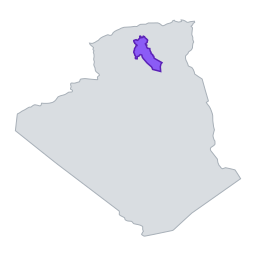 Algeria, with Djelfa highlighted
{"feature_id": "DZA-2212", "entity_name": "Djelfa", "entity_type": "Province", "adm_level": 1, "iso_a3": "DZA", "parent_name": "Algeria", "parent_adm1": "", "projection": "albers", "projection_center": [3.218, 34.323], "detail": "fine", "context": "in_parent", "style": "filled", "palette": "violet", "viewbox_px": 256, "rotation_deg": 0, "n_neighbors": 0, "source": "natural_earth", "source_scale": "10m", "svg_char_len": 5781}
<svg xmlns="http://www.w3.org/2000/svg" viewBox="0 0 256 256"><path d="M194.4,21.2L194.6,21.8L194.7,22.4L193.8,23.0L193.2,23.3L192.6,24.9L191.3,26.0L191.1,26.4L191.1,26.6L192.0,27.1L192.3,27.5L192.5,28.1L192.2,30.3L191.8,34.1L191.9,34.9L192.3,35.9L192.6,36.7L192.8,37.5L192.8,39.7L193.3,40.9L193.7,42.0L192.9,43.5L192.7,44.8L192.5,46.6L192.5,47.7L192.0,48.8L191.4,49.8L190.6,50.5L189.7,51.1L188.7,51.8L187.8,53.7L186.0,55.4L185.6,55.9L185.5,57.2L185.6,58.9L186.0,60.2L187.0,62.2L187.9,64.4L188.2,65.6L188.5,66.0L189.7,66.6L191.8,67.5L192.1,67.9L193.2,69.4L194.3,72.1L194.7,74.0L198.4,76.6L201.9,78.8L202.2,79.2L204.5,87.5L205.3,90.4L208.4,101.0L207.4,101.6L206.3,102.5L207.2,103.9L209.0,106.1L210.1,108.0L210.5,108.8L211.4,111.1L212.2,113.4L212.4,114.1L212.7,115.8L212.8,120.7L213.6,126.8L214.4,129.9L213.6,132.7L213.0,135.4L213.1,136.7L213.7,138.8L214.3,140.3L214.9,141.0L215.0,143.6L214.8,144.6L213.0,146.1L211.0,147.4L210.4,148.5L210.4,149.7L210.7,150.6L217.3,159.0L217.5,159.8L217.8,162.3L219.0,165.3L220.2,166.6L220.7,167.5L221.5,168.2L222.3,168.7L222.8,168.7L225.5,167.7L230.2,168.7L234.7,169.8L235.1,170.0L238.0,174.5L240.6,178.7L191.9,213.0L186.4,218.0L173.4,230.0L172.4,230.5L154.7,234.2L145.5,236.0L145.1,236.1L144.5,236.1L144.1,236.1L143.4,235.8L142.4,235.1L141.8,234.7L141.6,234.2L142.0,233.5L142.4,232.8L142.6,232.3L142.9,231.9L143.3,231.6L143.4,231.1L143.0,230.4L142.7,229.4L142.7,227.6L142.7,226.7L141.9,226.0L140.3,225.2L138.8,224.8L138.2,224.6L136.5,224.3L134.3,223.8L133.5,223.5L132.1,221.8L131.4,221.3L128.0,221.0L126.9,220.7L126.0,220.3L125.2,219.7L124.8,218.8L124.7,218.0L124.4,217.6L120.7,215.7L119.8,215.1L119.3,214.5L119.3,213.6L119.4,212.5L119.3,211.6L119.2,211.1L57.7,164.4L54.5,161.9L47.3,156.2L15.4,130.7L17.2,114.9L17.4,114.1L17.6,113.8L18.7,113.3L20.6,112.2L21.2,111.6L22.1,111.1L25.1,109.6L25.7,109.2L28.7,107.4L29.3,107.2L30.8,107.1L31.4,106.8L32.3,106.0L33.6,105.2L34.5,104.8L35.2,104.8L37.6,105.3L38.6,105.6L39.9,105.9L40.3,105.8L40.6,105.6L41.2,104.9L41.4,104.2L41.4,103.5L41.6,103.2L41.8,103.1L42.3,103.2L43.0,103.3L44.5,103.4L45.0,103.4L46.7,103.4L49.2,103.2L52.6,102.4L54.4,101.3L55.6,100.2L57.0,98.3L58.1,96.8L60.2,95.9L61.9,95.4L62.8,95.2L65.0,94.5L68.7,92.2L71.6,92.0L72.0,91.8L72.4,91.4L72.5,90.6L72.1,90.0L71.5,89.7L71.1,89.4L70.7,89.3L70.5,88.9L70.6,88.2L70.8,87.6L71.1,87.0L71.0,86.1L70.7,85.1L70.6,84.5L70.7,83.8L70.9,83.3L71.5,83.0L72.2,83.0L73.2,83.2L74.9,83.1L79.3,81.8L79.6,81.4L80.0,80.3L80.3,79.4L80.8,79.1L81.1,79.0L84.5,78.6L85.3,78.6L91.7,79.3L97.2,79.7L97.7,79.5L97.7,78.8L97.4,77.5L97.7,76.7L98.5,76.0L99.5,75.2L99.1,74.2L98.4,73.5L97.3,72.7L96.8,72.3L95.8,71.3L95.3,70.1L95.0,67.8L94.3,66.4L93.8,64.8L94.4,61.8L93.8,60.0L93.7,59.2L93.8,58.3L94.1,56.7L94.0,54.5L93.3,52.1L93.7,51.4L93.9,51.0L93.9,50.6L93.2,49.9L92.9,49.2L93.1,48.7L93.5,47.9L93.5,47.5L92.3,46.5L90.3,44.7L89.8,44.0L89.5,43.1L91.5,43.4L92.5,43.4L94.9,42.4L96.9,41.1L98.3,40.4L99.7,38.9L100.9,37.9L102.6,36.9L107.5,34.8L108.2,34.8L109.7,35.4L111.1,35.3L112.1,34.5L113.2,32.6L114.7,31.4L116.7,30.3L119.4,29.2L121.2,28.2L124.0,27.3L130.9,26.9L134.5,26.4L136.9,26.5L139.3,24.9L140.6,24.3L145.8,24.2L148.3,23.0L157.7,22.9L158.9,23.3L160.0,23.9L162.0,25.5L162.9,25.8L164.2,25.4L167.0,23.9L170.3,23.0L172.0,22.1L172.7,20.8L174.2,20.2L175.1,21.2L178.5,22.1L180.6,21.7L181.5,21.4L181.1,19.9L183.3,20.2L185.0,20.9L186.9,22.2L188.0,22.4L190.1,21.7L194.4,21.2Z" fill="#d9dde1" stroke="#a8b0b8" stroke-width="1"/><path d="M160.7,71.5L152.6,69.4L152.5,69.0L152.0,67.7L151.6,67.1L151.4,66.7L151.0,66.4L147.1,63.0L143.1,58.4L142.3,57.1L142.2,56.9L142.1,56.6L142.0,55.7L141.8,55.0L141.7,54.9L141.0,54.8L140.8,54.8L140.7,54.7L140.4,54.6L140.1,54.7L139.3,55.4L139.2,55.6L139.0,56.0L138.9,56.1L138.3,56.3L137.4,56.5L137.2,56.7L137.2,56.8L137.2,58.1L137.2,58.5L137.2,58.8L136.7,58.8L135.9,58.7L135.7,58.7L135.4,58.5L135.4,57.8L135.4,57.7L135.4,57.4L135.6,56.8L135.6,56.6L135.6,56.4L135.5,56.1L135.4,55.9L135.2,55.7L134.9,55.2L134.7,55.0L134.7,54.8L134.5,53.8L134.4,53.5L134.3,53.3L134.2,53.2L134.0,52.9L133.9,52.8L133.8,52.5L133.8,52.0L133.9,51.4L133.9,51.0L134.1,50.7L134.4,50.4L134.4,50.2L134.5,50.1L134.4,49.4L134.6,48.4L135.2,47.6L135.5,47.3L135.9,46.1L136.1,45.8L136.1,45.7L136.8,45.5L137.0,45.5L137.0,45.4L137.0,45.2L136.9,45.1L134.8,43.4L134.7,43.3L134.7,43.2L134.7,42.9L134.7,42.7L134.5,42.3L134.4,42.2L134.2,42.1L133.9,41.9L133.8,40.5L135.7,39.8L136.2,39.7L136.9,40.3L137.1,40.4L137.4,40.4L137.6,40.4L137.9,40.2L138.0,40.0L138.2,39.7L138.3,39.5L138.5,39.3L139.6,38.4L139.8,38.3L139.8,38.2L139.8,37.9L139.8,37.5L139.8,37.4L139.8,37.2L139.7,36.7L139.7,36.4L139.8,36.2L140.1,36.2L140.4,36.1L140.6,36.2L140.7,36.3L140.8,36.4L140.9,36.7L140.9,36.8L141.0,36.9L141.2,37.1L141.3,37.2L141.3,37.6L141.6,37.7L142.5,37.5L142.7,37.4L142.8,37.3L142.9,37.2L143.0,36.5L143.1,36.3L143.3,36.2L143.5,36.2L143.6,36.5L143.8,36.7L143.9,36.8L144.1,36.8L144.5,36.7L145.1,37.7L145.2,37.9L145.9,38.4L146.0,38.5L146.3,38.7L147.4,39.8L147.5,39.9L147.6,40.1L147.6,40.3L147.6,40.5L147.5,40.8L147.4,40.9L147.3,41.0L147.2,41.1L147.2,41.3L147.2,41.5L147.3,41.9L147.3,42.1L147.2,42.3L145.4,43.9L145.5,44.0L145.9,44.9L146.0,45.1L146.6,44.9L146.7,45.0L146.8,45.1L146.7,45.2L146.6,45.3L146.5,45.5L146.4,45.6L146.4,45.8L146.6,46.2L146.6,46.3L146.6,46.5L146.6,46.8L146.6,47.0L146.8,47.3L147.1,47.6L147.2,47.8L147.3,48.1L147.4,48.3L147.6,48.4L148.1,48.3L149.7,48.6L149.8,48.6L149.8,48.9L149.8,49.2L149.8,49.4L149.9,49.7L150.3,51.2L150.4,51.5L151.0,52.2L151.0,52.4L151.0,52.7L151.1,52.9L151.0,53.1L151.0,53.3L151.1,53.5L151.3,53.7L152.2,54.3L152.4,54.4L152.6,54.8L152.8,54.9L152.8,55.2L152.8,55.4L152.8,55.5L153.0,55.9L153.5,56.0L153.8,56.3L154.0,57.6L154.0,57.9L154.1,58.0L154.3,58.2L154.8,58.6L162.0,62.7L160.8,64.3L160.6,65.6L160.3,66.7L160.7,71.5Z" fill="#8b5cf6" stroke="#5b21b6" stroke-width="1.5"/></svg>